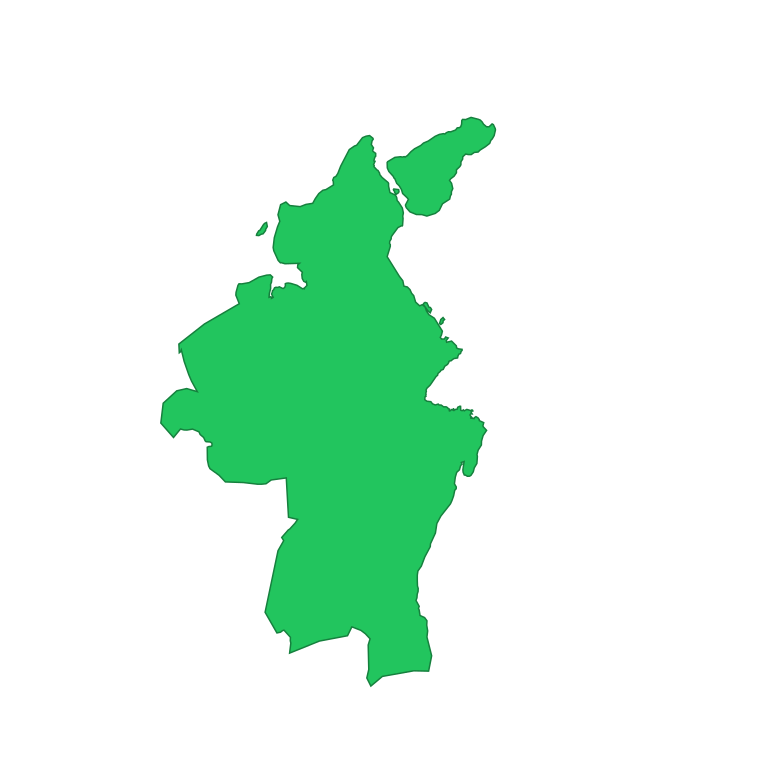 outline of Sorong, Papua Barat, Indonesia, rotated 123°
{"feature_id": "22746128B25112391877259", "entity_name": "Sorong", "entity_type": "district", "adm_level": 2, "iso_a3": "IDN", "parent_name": "Indonesia", "parent_adm1": "Papua Barat", "projection": "albers", "projection_center": [131.348, -1.055], "detail": "fine", "context": "isolated", "style": "filled", "palette": "green", "viewbox_px": 768, "rotation_deg": 123, "n_neighbors": 0, "source": "geoboundaries", "source_scale": "gbopen_adm2", "svg_char_len": 6176}
<svg xmlns="http://www.w3.org/2000/svg" viewBox="0 0 768 768"><g transform="rotate(123 384 384)"><path d="M312.4,337.4L314.0,340.8L314.2,342.8L312.6,344.1L311.2,350.7L314.9,354.2L313.6,355.5L310.4,355.2L311.0,357.9L313.4,357.9L314.9,360.2L314.3,362.2L311.6,362.5L307.9,363.8L301.4,377.6L301.4,384.2L299.6,388.2L297.0,391.5L296.6,395.1L299.0,396.7L298.1,402.1L293.7,407.2L292.9,410.2L290.7,413.6L289.9,417.3L291.1,420.6L287.2,424.4L285.3,429.8L275.5,450.7L265.1,453.7L263.6,454.7L263.1,455.9L261.2,456.9L258.4,457.0L257.0,457.9L255.3,458.1L245.2,457.5L241.8,455.5L241.5,454.8L240.9,454.8L234.9,458.1L233.0,459.7L230.0,460.9L226.4,464.5L223.5,470.9L223.0,472.9L220.8,474.8L220.0,476.0L219.4,477.6L220.2,483.3L215.6,487.9L213.3,489.4L212.8,490.3L211.8,498.2L210.6,501.7L209.6,502.5L208.2,505.3L208.3,506.5L207.2,510.8L206.1,511.2L205.6,512.3L202.1,512.8L202.4,514.0L202.1,514.2L198.7,515.2L197.5,515.0L195.1,516.6L194.9,520.0L194.1,520.8L191.7,521.4L190.1,525.0L186.7,526.4L184.5,526.4L183.9,527.2L183.5,531.4L185.9,534.0L189.1,536.2L198.7,537.0L200.5,538.4L206.3,540.8L224.8,539.0L232.6,537.4L236.0,537.4L238.2,538.6L241.0,538.0L241.8,536.8L244.6,534.8L252.6,538.6L254.8,540.8L259.8,542.4L266.0,542.6L271.3,542.2L275.9,547.3L280.9,550.9L285.7,560.3L284.8,565.4L289.9,568.4L299.8,565.1L304.3,560.0L310.2,558.9L321.0,555.7L329.9,551.3L332.3,549.0L338.0,540.1L338.8,536.9L338.2,536.2L337.1,532.6L328.8,520.6L331.0,521.2L333.5,519.9L334.8,513.3L336.9,512.6L340.1,510.0L341.6,507.2L341.3,504.9L340.5,504.8L343.3,502.3L346.9,503.0L347.8,502.5L348.2,502.4L346.9,503.0L348.5,504.1L348.6,510.7L350.4,517.0L351.5,519.4L352.8,520.9L353.7,521.4L355.2,520.3L356.7,519.9L358.5,520.3L359.0,520.9L359.5,524.7L360.8,525.6L361.8,527.4L363.0,528.2L365.1,527.9L366.7,528.3L367.5,527.7L369.8,527.3L371.7,524.1L373.4,525.0L372.4,525.6L372.7,526.7L373.9,527.6L370.5,529.5L365.6,531.1L362.2,533.4L359.9,533.8L356.6,535.5L355.0,535.6L354.4,538.8L356.6,541.7L362.5,547.1L372.4,552.3L377.4,557.7L379.0,560.2L380.8,560.2L387.7,558.0L390.2,556.6L395.5,549.1L431.5,567.3L462.2,577.8L469.3,572.7L467.8,572.2L465.7,572.6L473.9,563.9L482.5,552.8L486.4,547.0L492.1,536.4L495.3,547.0L502.6,554.1L520.4,558.7L538.3,549.9L543.5,531.4L532.6,530.2L531.4,526.5L529.8,524.0L526.1,520.0L524.9,513.1L526.5,510.7L527.1,506.1L529.1,503.0L529.3,501.8L527.3,498.2L527.3,496.2L528.8,495.0L530.1,494.7L531.9,496.9L533.3,497.8L543.8,490.8L548.2,486.5L549.8,483.8L550.4,472.6L552.5,463.7L543.3,448.4L536.9,435.5L534.7,432.1L531.9,428.6L525.9,426.3L516.0,414.8L547.8,391.5L544.6,382.7L549.2,382.8L557.1,384.1L558.5,384.8L568.4,386.2L570.0,382.8L581.5,382.1L640.2,359.4L651.1,338.2L648.5,335.6L646.0,334.7L644.9,333.8L647.4,324.5L650.3,322.8L652.1,321.0L661.1,316.6L634.8,298.2L615.0,277.5L605.2,278.7L603.2,269.2L603.6,263.6L605.3,256.9L611.5,255.1L631.7,241.3L639.9,238.3L644.5,230.5L630.1,226.1L608.3,202.8L600.5,190.2L586.0,196.0L572.8,210.2L567.3,212.9L563.0,216.8L559.2,219.0L557.8,222.7L558.5,227.7L554.3,231.5L553.4,232.9L551.3,233.4L548.1,239.3L545.4,239.9L542.1,241.7L539.5,242.4L536.8,244.0L535.2,245.9L530.6,249.1L526.1,252.0L522.4,253.7L516.4,253.5L506.8,255.6L495.2,256.6L492.7,258.0L481.0,259.7L472.2,263.7L463.7,264.4L448.3,263.0L444.9,263.5L439.9,264.7L434.6,266.8L432.6,266.4L431.0,267.3L429.3,270.6L423.2,273.5L418.5,274.9L414.9,274.0L410.7,275.3L408.6,274.9L407.7,276.4L405.4,274.6L413.0,271.1L414.9,269.6L416.6,267.1L416.0,265.8L416.0,263.9L414.7,262.0L413.2,261.3L409.0,261.3L405.2,262.6L400.1,262.8L393.9,266.2L392.5,267.6L388.2,269.0L382.1,269.1L378.8,271.1L373.3,272.8L367.0,272.7L365.8,277.5L365.1,278.3L362.1,279.3L362.8,284.1L362.0,284.7L361.2,286.6L361.3,289.1L363.1,289.9L363.9,289.6L365.4,292.7L364.7,293.1L364.1,292.5L363.5,294.6L362.9,295.1L361.8,295.1L361.1,293.8L360.1,295.7L359.1,295.6L358.2,294.8L357.7,295.6L358.0,296.3L359.0,296.7L360.2,300.7L362.8,302.1L362.5,303.4L363.5,303.6L364.0,304.4L364.2,305.4L361.0,307.6L361.2,308.2L363.4,309.5L365.4,308.9L366.2,310.1L367.9,310.8L366.5,312.6L368.3,311.8L368.6,313.4L370.8,314.1L370.9,314.7L369.4,315.4L369.7,316.8L369.2,317.7L369.3,319.5L370.7,321.6L370.5,324.5L371.6,326.4L371.3,327.6L373.7,329.6L374.2,332.6L373.3,335.1L375.1,338.7L374.9,341.3L372.5,342.6L371.4,342.1L370.6,343.0L369.7,343.1L368.9,344.0L367.2,344.4L366.1,345.5L364.1,345.7L359.8,344.7L349.3,344.4L347.5,343.8L345.8,344.5L342.6,343.6L341.6,343.8L339.5,342.3L336.0,342.7L333.0,341.4L330.6,341.4L329.8,341.9L328.7,341.4L328.2,340.5L324.7,339.3L322.1,336.5L320.0,337.3L318.0,337.4L317.3,336.7L316.2,336.5L314.9,337.1L313.3,336.8L312.4,337.4ZM106.9,433.5L107.0,435.0L111.1,436.0L112.4,438.1L111.9,442.1L110.8,444.3L110.2,447.0L110.6,449.0L113.0,456.2L117.7,459.5L119.3,462.2L120.6,462.3L123.9,460.4L126.6,459.8L128.0,460.5L129.3,462.1L132.0,462.3L136.2,465.4L137.3,467.3L139.3,468.6L141.2,469.1L141.6,470.4L144.5,473.5L148.4,476.0L156.1,479.2L160.4,482.1L164.0,483.1L170.1,486.5L174.4,487.9L179.7,488.8L182.2,489.9L182.3,490.9L183.6,492.1L184.4,493.9L188.0,498.3L195.5,502.0L196.5,502.0L201.0,498.9L203.1,495.7L204.8,489.4L205.9,487.6L205.9,486.8L208.8,482.6L209.5,479.2L211.4,475.3L214.1,472.1L215.2,466.1L215.9,464.1L222.1,463.5L222.8,463.0L224.0,461.3L225.5,456.0L224.2,449.1L221.3,444.5L219.8,439.5L213.0,433.9L208.3,432.2L201.0,433.1L193.2,429.6L189.9,430.8L188.2,430.8L186.0,432.2L182.7,432.7L178.9,436.6L177.5,440.0L175.5,439.8L171.6,438.4L167.4,438.3L164.9,439.9L160.3,438.8L158.3,438.9L155.7,440.5L152.6,440.5L150.5,441.7L146.6,440.7L145.8,438.5L144.1,435.8L140.6,434.4L138.2,431.4L135.4,430.8L129.8,428.2L124.6,426.4L121.5,427.1L119.6,426.7L115.7,426.9L110.2,428.9L109.2,429.8L106.9,433.5ZM323.9,567.2L319.8,566.9L318.7,567.5L315.5,567.6L312.5,570.5L314.3,571.6L315.9,571.9L322.6,571.8L323.8,572.5L327.6,572.4L328.8,571.9L327.7,569.8L325.2,568.5L323.9,567.2ZM299.2,384.0L295.6,384.6L294.6,386.7L295.1,388.2L292.6,392.1L293.2,394.0L294.7,394.6L295.8,394.4L298.6,387.4L299.2,384.0ZM215.8,482.0L216.5,481.2L216.5,480.2L217.6,479.4L218.3,477.1L215.7,476.0L214.5,476.2L213.0,477.6L215.1,482.0L215.8,482.0ZM303.2,368.8L300.5,367.9L298.8,368.8L296.9,368.3L296.1,370.7L299.0,371.5L302.6,370.5L303.1,370.1L303.2,368.8Z" fill="#22c55e" stroke="#15803d" stroke-width="1.5"/></g></svg>